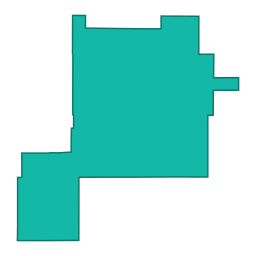 the district of Chaves, New Mexico, United States of America
{"feature_id": "52423323B32246312222809", "entity_name": "Chaves", "entity_type": "district", "adm_level": 2, "iso_a3": "USA", "parent_name": "United States of America", "parent_adm1": "New Mexico", "projection": "mercator", "projection_center": [-104.512, 33.304], "detail": "fine", "context": "isolated", "style": "filled", "palette": "teal", "viewbox_px": 256, "rotation_deg": 0, "n_neighbors": 0, "source": "geoboundaries", "source_scale": "gbopen_adm2", "svg_char_len": 696}
<svg xmlns="http://www.w3.org/2000/svg" viewBox="0 0 256 256"><path d="M72.6,15.4L72.5,53.5L72.9,54.6L72.8,86.7L72.8,90.7L72.8,114.9L73.6,115.6L73.6,122.2L73.6,128.2L71.4,128.2L71.2,140.4L71.2,152.1L59.1,152.8L50.9,152.8L46.8,153.1L21.8,153.1L21.9,171.6L21.9,177.4L17.6,177.4L17.6,228.4L17.4,240.6L42.0,240.6L77.7,240.4L78.8,240.4L78.9,177.3L113.7,177.1L136.4,177.1L136.8,177.1L173.7,176.9L202.1,177.0L206.3,177.0L207.8,177.0L207.8,148.8L207.8,127.3L207.8,115.3L213.2,115.3L213.3,90.3L238.6,90.2L238.6,77.6L213.6,77.8L213.8,54.2L198.8,54.3L198.8,16.3L194.7,16.3L186.3,16.2L161.1,16.1L161.1,28.8L141.7,28.8L85.5,28.1L85.5,15.5L72.6,15.4Z" fill="#14b8a6" stroke="#0f766e" stroke-width="1.5"/></svg>